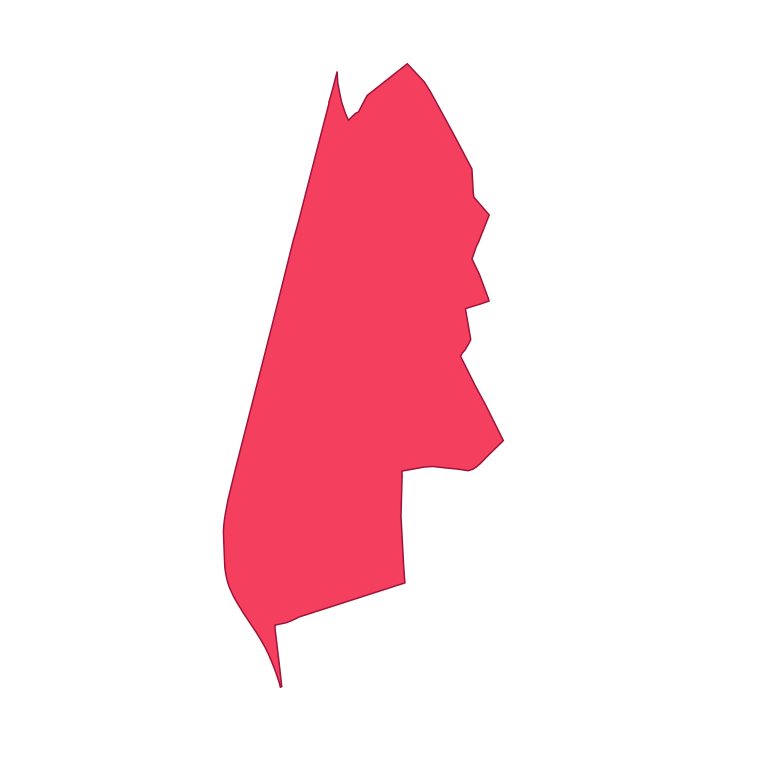 Durbe, Durbes, Latvia (Equal Earth projection), rotated 282°
{"feature_id": "27541924B82522110143581", "entity_name": "Durbe", "entity_type": "district", "adm_level": 2, "iso_a3": "LVA", "parent_name": "Latvia", "parent_adm1": "Durbes", "projection": "equal_earth", "projection_center": [21.377, 56.585], "detail": "fine", "context": "isolated", "style": "filled", "palette": "rose", "viewbox_px": 768, "rotation_deg": 282, "n_neighbors": 0, "source": "geoboundaries", "source_scale": "gbopen_adm2", "svg_char_len": 1529}
<svg xmlns="http://www.w3.org/2000/svg" viewBox="0 0 768 768"><g transform="rotate(282 384 384)"><path d="M66.8,346.9L89.1,339.5L121.4,328.5L125.5,327.5L130.1,337.9L133.0,342.4L138.1,349.0L138.4,349.3L193.8,445.8L211.7,440.6L214.4,439.9L258.2,428.1L296.4,421.1L299.0,420.6L302.5,419.6L304.4,424.2L311.1,440.5L313.5,448.9L314.7,461.5L316.0,473.1L316.7,484.4L319.0,488.5L322.3,491.8L326.0,494.6L337.4,501.8L351.1,511.0L352.3,511.8L353.5,512.5L385.2,487.3L401.4,473.5L427.1,453.1L430.4,454.1L434.2,456.2L440.4,458.3L442.6,458.9L445.3,459.6L446.5,459.2L474.1,448.2L474.5,448.1L474.9,448.6L478.0,453.9L482.3,461.7L487.0,469.5L489.5,468.2L511.1,454.5L524.6,444.1L537.5,445.7L542.3,446.9L570.6,451.7L571.2,451.8L585.4,433.1L589.4,431.6L612.6,425.3L642.8,400.2L661.1,384.5L662.3,383.5L679.7,368.5L687.7,360.8L702.1,340.2L662.7,307.5L644.7,302.4L643.9,301.2L642.7,299.8L635.6,295.0L634.6,294.3L641.3,289.6L650.8,284.0L660.0,279.9L669.0,276.1L679.9,273.2L662.6,272.5L653.2,271.9L648.4,271.5L646.7,271.8L568.1,268.4L540.1,267.2L537.0,267.1L522.4,266.5L508.8,265.6L506.3,265.4L464.1,264.0L418.1,262.3L347.7,259.5L340.3,259.2L268.0,256.3L264.3,256.2L240.2,255.5L236.4,255.5L224.3,255.8L217.2,256.2L211.5,256.8L205.7,257.7L184.5,263.1L181.7,263.8L171.6,266.4L167.6,267.8L162.6,269.9L157.3,272.4L154.2,274.3L152.1,275.7L145.1,280.8L139.8,285.5L131.3,293.5L113.6,311.6L108.7,316.2L102.0,322.2L95.5,327.3L88.2,332.4L80.3,337.6L75.6,340.4L70.3,343.5L66.7,345.3L65.9,345.7L66.8,346.9Z" fill="#f43f5e" stroke="#9f1239" stroke-width="1.5"/></g></svg>